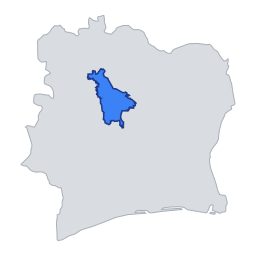 Bere, Worodougou, Ivory Coast shown in context
{"feature_id": "98640826B43857880322183", "entity_name": "Bere", "entity_type": "district", "adm_level": 2, "iso_a3": "CIV", "parent_name": "Ivory Coast", "parent_adm1": "Worodougou", "projection": "albers", "projection_center": [-6.135, 8.377], "detail": "fine", "context": "in_parent", "style": "filled", "palette": "blue", "viewbox_px": 256, "rotation_deg": 0, "n_neighbors": 0, "source": "geoboundaries", "source_scale": "gbopen_adm2", "svg_char_len": 8490}
<svg xmlns="http://www.w3.org/2000/svg" viewBox="0 0 256 256"><path d="M43.2,35.1L44.2,35.0L46.9,34.3L49.4,32.5L51.7,28.7L54.7,25.7L58.2,26.0L59.2,25.4L60.4,25.3L61.8,27.3L63.3,28.8L64.3,28.9L65.1,31.7L71.4,32.9L74.1,33.7L76.3,35.8L77.1,35.9L78.1,35.4L78.8,34.7L79.0,33.9L78.0,32.0L78.5,30.3L79.5,28.8L81.1,28.7L83.5,28.3L86.3,28.3L88.4,28.6L89.3,27.1L88.5,22.8L88.7,20.5L89.0,18.5L89.8,17.7L92.9,20.2L95.8,21.1L97.8,21.2L98.4,20.7L97.5,18.0L97.7,17.2L98.5,16.7L99.8,16.5L103.5,15.4L103.9,15.6L104.5,19.8L104.2,21.2L105.0,24.1L105.9,26.8L105.9,27.9L105.1,29.6L104.2,31.1L104.3,31.7L105.7,32.8L108.5,33.8L111.4,34.1L113.0,32.5L114.6,31.2L115.8,30.1L116.2,28.4L118.0,27.2L123.2,25.6L128.0,25.4L129.2,25.9L131.3,28.2L134.1,29.8L138.3,29.6L141.3,30.6L143.9,32.4L145.7,36.4L147.6,39.3L148.5,43.4L151.5,45.5L153.9,46.5L157.2,49.5L160.5,51.0L164.0,50.6L165.6,52.2L168.2,53.3L170.8,53.4L173.0,49.9L176.0,48.5L183.6,45.7L186.6,44.5L189.6,43.7L196.9,43.4L203.7,44.2L207.1,44.8L209.4,44.3L211.6,45.9L213.9,49.3L215.7,50.4L217.6,51.6L219.1,54.3L220.7,57.0L221.6,58.2L223.7,60.8L225.5,60.8L227.2,59.7L227.9,58.8L228.3,60.5L227.6,63.4L227.8,65.1L228.7,65.8L228.2,68.1L226.3,72.0L226.3,74.2L228.3,74.9L229.7,77.3L230.6,81.5L231.5,82.9L231.6,83.7L233.1,93.7L235.0,103.8L233.8,105.1L232.3,105.5L231.3,106.0L231.0,106.9L231.7,108.3L231.2,109.5L229.3,110.4L225.1,113.6L224.8,114.9L223.7,117.6L222.8,119.3L221.4,122.4L219.3,130.6L218.5,137.3L218.4,139.4L217.6,140.9L216.6,143.0L212.1,148.8L209.8,153.6L210.1,155.6L210.2,157.7L209.5,159.2L209.7,163.2L210.3,166.5L211.1,169.8L214.5,179.0L216.3,184.7L217.4,189.2L218.4,192.2L219.3,193.5L219.7,194.6L224.7,195.5L225.7,196.1L227.1,202.0L226.9,204.7L225.9,205.7L225.9,208.0L225.7,210.8L225.0,211.9L222.2,212.1L220.4,213.2L217.8,212.8L217.6,212.1L216.3,211.8L212.5,210.3L213.1,205.1L211.4,204.9L210.1,205.6L207.5,211.8L206.3,212.9L187.8,209.8L183.8,207.3L179.0,206.7L170.6,207.0L163.7,207.8L161.7,209.4L179.1,208.4L181.0,208.6L181.9,209.5L159.9,211.6L151.5,212.9L149.0,212.5L147.1,210.6L138.0,210.4L136.1,211.0L135.0,212.5L138.5,212.1L144.2,212.0L145.7,213.2L128.0,214.6L115.7,217.4L110.5,219.5L93.3,226.2L82.8,229.4L80.0,230.6L75.2,233.9L69.1,235.9L62.2,239.8L58.0,240.6L57.1,239.4L57.0,232.8L56.4,224.0L56.7,220.7L57.2,217.5L57.2,214.9L59.3,213.9L59.9,212.8L60.2,209.4L62.2,206.3L62.2,200.9L62.8,199.7L63.3,198.3L62.4,194.7L61.4,188.0L60.9,187.6L60.4,187.9L59.3,188.0L55.0,185.6L51.7,185.2L49.3,183.2L49.2,181.0L48.1,179.7L47.3,177.0L46.1,174.0L42.9,172.2L39.8,171.8L37.6,172.1L35.1,172.0L32.1,171.0L30.1,169.8L28.2,167.6L26.4,165.9L25.0,166.1L23.3,165.7L21.6,164.9L21.0,164.3L28.2,157.3L30.6,153.9L30.9,151.8L30.9,149.7L31.7,147.6L31.9,144.3L28.1,132.3L27.1,128.6L26.1,127.5L25.4,127.1L27.4,125.6L30.1,126.0L34.3,127.2L35.2,126.0L38.4,120.0L38.4,117.8L38.1,116.2L39.9,112.1L41.4,110.5L42.2,108.8L42.0,106.4L40.8,105.6L39.4,105.7L37.6,105.1L35.0,103.8L33.6,102.6L34.0,97.1L34.3,95.4L35.3,94.4L36.7,94.2L40.9,94.0L44.2,94.7L47.2,95.1L48.8,95.1L50.0,96.7L51.7,98.3L53.2,98.3L53.7,97.1L53.4,91.7L52.4,88.9L50.2,86.1L44.4,83.7L44.2,80.5L44.8,76.9L46.1,75.6L50.5,73.4L49.7,72.2L48.3,70.9L45.6,69.5L46.2,65.3L46.4,61.5L44.1,61.9L41.7,62.1L39.7,60.9L38.0,58.6L37.7,52.3L37.7,45.0L37.4,41.7L38.1,40.0L40.2,38.4L42.4,36.4L43.2,35.1ZM215.5,212.9L214.5,214.3L209.8,213.4L210.9,212.2L215.5,212.9Z" fill="#d9dde1" stroke="#a8b0b8" stroke-width="1"/><path d="M88.1,74.1L88.1,74.3L88.0,74.5L88.2,75.1L87.9,75.9L87.9,76.1L87.8,76.3L87.9,76.5L88.1,76.7L87.9,76.9L88.2,77.0L88.4,77.2L88.2,77.2L88.0,77.4L87.8,77.4L87.7,77.6L88.1,77.9L88.2,78.3L88.1,78.7L88.3,78.7L88.5,79.2L88.9,79.3L89.0,78.9L89.2,79.0L89.3,78.9L89.2,78.8L89.5,78.6L89.9,78.8L90.0,78.8L90.2,78.6L90.6,78.6L90.8,78.9L90.8,79.1L91.2,79.0L91.5,79.1L91.4,79.0L91.5,78.8L92.2,78.5L92.3,78.6L92.2,78.9L92.4,79.0L92.4,78.9L92.4,78.6L92.8,78.4L92.9,78.5L93.1,78.6L93.2,78.8L93.4,78.9L93.4,79.2L93.4,79.4L93.2,79.4L93.2,79.6L93.3,79.8L93.5,79.8L93.6,80.1L93.8,80.2L94.2,80.1L94.4,80.3L94.4,80.6L95.1,80.7L95.7,81.3L95.7,81.5L96.0,81.3L96.2,81.9L96.4,82.1L96.6,82.1L96.4,82.7L96.1,82.5L95.9,82.6L95.9,82.8L96.3,82.7L96.4,83.0L96.6,83.1L96.8,83.3L97.0,83.6L97.3,83.3L97.4,82.9L97.6,82.8L97.8,82.9L98.1,83.2L98.1,83.4L98.6,83.6L98.7,83.9L98.7,84.0L98.4,84.1L98.3,84.4L98.3,84.5L98.7,84.6L98.2,85.1L98.1,85.4L98.1,85.7L98.1,86.1L97.7,86.2L97.7,86.3L98.0,86.3L98.2,86.5L97.8,86.5L97.5,86.5L97.4,86.2L97.2,86.2L97.2,86.5L97.1,86.8L97.0,86.6L97.0,86.4L96.7,86.4L96.6,86.7L96.5,86.8L96.5,87.1L97.1,87.3L97.1,87.5L96.9,87.6L96.6,87.7L96.1,87.7L96.3,87.9L96.3,88.2L96.5,87.9L96.8,88.0L96.8,88.5L97.1,88.7L97.2,89.1L96.6,89.4L96.4,89.4L96.4,89.6L96.2,89.7L96.1,90.0L96.6,90.0L97.0,89.5L97.2,90.0L97.5,90.5L97.1,90.8L97.4,91.0L97.0,91.3L96.8,91.4L96.9,91.6L97.1,91.7L97.4,91.5L97.6,92.1L97.6,92.7L97.9,93.1L97.8,93.6L97.5,93.6L97.3,94.0L97.3,93.9L97.1,93.6L96.7,93.6L96.7,93.8L96.6,94.0L96.7,94.4L96.8,94.5L97.5,94.6L97.7,94.9L97.6,95.7L98.1,96.0L98.1,96.3L98.2,96.5L98.2,97.0L98.6,96.9L99.1,96.9L99.9,97.1L100.3,98.0L99.9,98.2L99.9,98.3L100.2,98.5L100.7,98.5L100.4,98.7L100.2,98.8L100.3,99.0L100.6,99.1L100.4,99.6L100.5,100.2L100.5,100.8L100.6,101.4L100.4,101.8L100.6,102.4L100.5,102.8L100.6,103.5L101.0,103.8L101.5,105.1L101.6,105.6L101.9,107.0L101.8,107.7L102.1,109.6L102.1,110.2L102.2,110.8L102.4,111.2L102.6,111.6L102.8,111.6L103.1,111.5L103.9,112.5L104.1,112.6L104.0,113.0L103.6,113.6L103.6,114.7L103.9,115.5L103.7,116.0L103.7,116.7L103.6,117.1L103.5,117.4L103.7,117.9L103.5,118.3L103.6,118.9L103.4,119.1L103.3,119.3L103.5,119.5L104.1,119.5L104.4,119.8L104.3,120.1L104.3,120.3L105.2,121.3L105.0,122.6L105.1,122.9L105.6,123.0L105.9,123.2L106.1,123.2L106.7,123.8L107.8,124.0L108.4,124.3L108.7,124.6L108.9,124.6L110.0,123.9L110.3,123.5L110.3,123.3L110.6,123.0L110.5,122.9L110.4,122.3L110.5,121.8L110.5,121.7L110.8,122.0L110.9,121.9L110.8,121.7L111.0,121.5L111.4,120.6L111.9,120.5L112.4,120.7L112.7,120.7L113.3,120.4L113.4,120.5L114.3,121.3L114.7,121.2L115.3,121.3L116.4,121.2L116.7,121.1L116.9,121.2L117.4,121.1L117.6,121.1L117.8,121.0L117.9,120.8L118.2,120.7L118.4,120.5L119.4,120.5L119.8,120.9L119.8,122.4L119.9,122.9L120.2,123.5L119.9,124.3L119.7,124.5L119.9,125.1L120.8,126.1L121.1,126.3L121.5,126.2L121.7,126.4L121.9,126.8L121.9,127.1L122.1,127.3L122.0,127.6L122.2,127.9L123.3,127.7L123.5,126.8L123.0,125.8L122.3,125.3L123.5,124.8L123.4,123.7L123.6,122.3L123.3,122.1L121.8,120.5L121.5,119.8L120.6,118.7L120.8,118.5L121.0,118.3L120.9,118.0L120.7,117.6L120.6,117.2L120.8,116.2L120.7,115.4L120.9,114.8L120.9,114.6L121.1,114.3L121.1,114.1L121.3,114.0L121.3,113.7L121.4,113.4L121.4,113.2L121.3,112.7L121.8,112.2L121.8,111.0L122.0,110.8L127.7,110.9L127.8,110.6L128.2,110.6L128.2,110.4L128.0,110.2L128.5,110.3L128.6,109.6L129.1,109.4L129.2,109.2L129.1,108.9L129.4,108.9L129.5,108.8L129.6,108.7L129.4,108.3L129.5,108.2L129.5,107.9L129.2,107.6L129.6,107.3L129.9,107.8L130.5,107.7L130.7,107.4L130.9,107.6L131.0,107.9L131.5,108.0L131.7,107.6L132.0,107.6L132.8,108.1L132.9,107.9L133.3,108.1L133.6,108.1L133.6,107.4L133.7,106.9L133.4,106.3L133.5,105.9L133.4,105.7L133.5,105.7L134.3,105.8L135.0,105.8L135.1,105.7L135.3,105.4L135.2,105.1L135.1,104.6L135.3,104.2L135.5,104.0L135.5,103.9L134.8,103.3L134.5,102.6L134.8,102.5L135.3,102.9L135.5,102.9L135.8,102.9L135.7,102.7L135.2,102.2L134.7,102.0L134.4,101.9L134.2,102.0L133.9,101.8L133.9,101.7L133.9,101.2L133.7,100.9L132.9,100.6L132.7,100.3L132.4,99.9L131.4,99.3L131.1,99.2L130.7,98.9L130.4,99.0L130.2,99.0L130.2,98.8L130.0,98.7L129.9,98.2L129.5,98.3L128.3,98.2L127.9,97.8L127.5,97.3L127.2,97.0L126.4,96.7L125.5,96.2L125.4,96.0L125.5,95.7L126.2,95.7L126.3,95.4L126.7,95.5L127.0,95.3L127.6,95.5L127.8,95.7L128.2,95.9L128.4,96.0L128.8,95.8L129.1,95.4L129.4,95.3L129.3,95.2L128.8,95.1L128.3,94.7L127.4,94.5L126.8,94.0L126.9,93.4L126.4,93.0L126.4,92.8L126.5,92.6L125.8,92.3L125.8,92.5L125.4,92.4L122.8,92.7L115.9,88.8L115.6,89.1L114.9,88.8L113.5,88.7L113.3,88.5L112.7,87.8L112.5,87.2L108.1,79.5L107.9,78.4L104.0,76.5L103.9,75.3L103.2,74.1L103.5,73.3L104.5,72.0L104.9,71.1L104.6,70.5L103.8,69.8L103.5,69.3L103.4,69.4L103.2,69.4L102.9,69.4L102.8,69.5L102.7,69.5L102.3,69.2L101.9,69.4L101.6,69.3L101.4,68.9L100.7,68.9L100.6,69.0L100.5,69.4L100.2,69.7L99.6,70.8L98.4,71.9L98.2,72.6L98.0,73.1L97.7,73.2L97.0,74.0L96.7,74.0L95.9,74.2L95.8,73.4L95.2,71.8L95.2,71.2L93.9,70.9L93.2,70.7L92.8,70.7L92.6,71.1L92.7,71.4L92.4,71.8L92.4,72.2L92.6,72.4L93.1,72.6L92.7,73.7L92.5,73.9L92.2,74.0L91.7,74.0L91.3,74.2L90.8,74.2L89.8,73.9L88.8,74.2L88.1,74.1Z" fill="#3b82f6" stroke="#1e3a8a" stroke-width="1.5"/></svg>